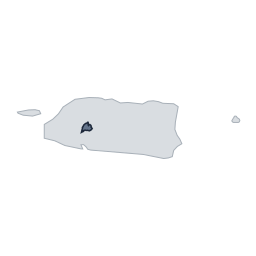 Aguas Buenas, Puerto Rico (highlighted), rotated 183°
{"feature_id": "32010507B96467798502033", "entity_name": "Aguas Buenas", "entity_type": "district", "adm_level": 2, "iso_a3": "PRI", "parent_name": "Puerto Rico", "parent_adm1": "", "projection": "natural_earth1", "projection_center": [-66.131, 18.251], "detail": "fine", "context": "in_parent", "style": "filled", "palette": "slate", "viewbox_px": 256, "rotation_deg": 183, "n_neighbors": 0, "source": "geoboundaries", "source_scale": "gbopen_adm2", "svg_char_len": 2433}
<svg xmlns="http://www.w3.org/2000/svg" viewBox="0 0 256 256"><g transform="rotate(183 128 128)"><path d="M169.0,107.1L171.6,109.1L174.1,108.8L172.1,104.7L174.0,104.7L190.1,107.2L200.5,111.4L211.1,113.4L211.8,127.2L203.6,132.8L198.2,138.5L193.9,145.6L182.4,153.9L168.5,156.4L159.3,156.6L155.8,156.3L152.4,154.9L145.5,156.2L136.9,152.6L129.5,153.5L114.8,152.7L109.3,155.8L104.1,156.5L98.9,155.9L94.5,154.5L83.6,154.6L79.0,151.9L81.0,136.2L81.1,129.0L78.5,123.2L75.6,119.5L73.4,115.1L77.7,112.2L81.2,108.0L82.3,101.7L86.2,100.2L90.7,99.4L111.5,102.4L164.0,104.0L167.0,104.6L169.0,107.1ZM228.3,140.8L221.7,141.4L217.4,140.6L215.9,137.7L223.9,134.9L233.3,135.3L238.6,137.0L239.3,138.1L228.3,140.8ZM22.1,145.4L21.3,145.5L20.6,145.4L20.2,145.1L19.7,144.2L17.3,142.7L16.7,141.3L17.2,139.9L18.2,139.3L23.1,139.1L23.6,139.3L24.6,140.3L24.6,141.0L24.1,141.7L23.3,143.4L22.9,143.9L22.6,144.3L22.5,145.1L22.1,145.4Z" fill="#d9dde1" stroke="#a8b0b8" stroke-width="1"/><path d="M174.3,121.2L174.0,121.4L173.8,121.7L173.7,121.7L173.4,121.9L173.1,121.8L172.8,122.0L173.1,122.1L173.1,122.3L173.0,122.5L172.6,122.6L172.7,122.9L172.6,123.0L172.3,123.1L172.2,123.2L171.9,123.2L171.6,123.3L170.8,123.7L170.7,123.7L170.1,123.5L169.6,123.4L168.5,123.5L168.4,123.6L168.2,123.6L167.8,123.5L167.5,123.4L167.2,123.4L166.9,123.3L166.7,123.2L166.3,123.2L166.2,123.4L165.9,123.6L165.5,123.6L165.3,123.7L165.1,123.8L165.0,124.0L164.9,124.1L164.9,124.3L164.7,124.4L164.6,124.5L164.4,124.7L164.2,124.8L164.1,125.2L164.0,125.3L164.0,125.5L163.8,125.6L164.1,126.1L164.3,126.3L164.6,126.5L164.6,126.8L164.9,126.9L164.9,127.1L164.9,127.7L164.9,127.8L165.0,128.0L165.1,128.5L165.4,128.7L165.6,128.9L165.6,129.0L165.9,129.1L166.1,129.2L166.2,129.4L166.3,129.4L166.5,129.4L167.1,129.3L167.1,129.1L167.3,128.8L167.6,128.4L167.8,128.7L167.7,128.8L167.8,128.9L167.7,129.1L167.8,129.2L167.7,129.3L167.6,129.6L167.6,130.0L167.8,130.2L167.9,130.5L168.1,130.4L168.2,130.8L168.2,131.0L168.2,131.3L168.1,131.5L168.3,131.7L168.5,131.6L168.6,131.4L168.8,131.4L169.0,131.0L169.3,130.8L169.4,130.7L169.5,130.7L169.9,130.5L170.0,130.5L170.0,130.4L170.7,130.1L171.2,129.8L171.4,129.6L171.5,129.5L171.6,129.4L171.8,129.1L172.0,129.0L172.1,128.8L172.3,128.7L172.5,128.2L172.7,127.9L172.8,127.2L173.1,126.9L173.2,126.7L173.3,126.7L173.6,126.2L173.4,125.8L173.5,125.4L173.6,124.7L173.8,124.0L173.9,123.2L174.0,122.7L174.3,121.2Z" fill="#64748b" stroke="#1e293b" stroke-width="1.5"/></g></svg>